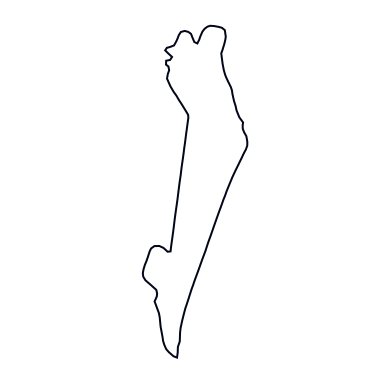 Aracaju, Sergipe, Brazil (Natural Earth projection), rotated 349°
{"feature_id": "56859067B16826137488503", "entity_name": "Aracaju", "entity_type": "district", "adm_level": 2, "iso_a3": "BRA", "parent_name": "Brazil", "parent_adm1": "Sergipe", "projection": "natural_earth1", "projection_center": [-37.097, -11.012], "detail": "fine", "context": "isolated", "style": "outline", "palette": "ink", "viewbox_px": 384, "rotation_deg": 349, "n_neighbors": 0, "source": "geoboundaries", "source_scale": "gbopen_adm2", "svg_char_len": 2047}
<svg xmlns="http://www.w3.org/2000/svg" viewBox="0 0 384 384"><g transform="rotate(349 192 192)"><path d="M255.1,39.4L252.7,36.5L249.4,34.9L245.6,33.4L241.6,32.3L238.6,32.7L235.5,34.2L232.8,36.6L229.7,41.1L228.2,43.8L225.6,47.2L222.9,45.2L222.0,40.9L221.2,36.6L219.0,34.2L215.6,32.5L211.6,32.8L209.0,35.5L206.9,38.9L205.2,41.3L202.3,44.7L198.4,45.4L194.8,45.7L192.7,47.9L195.1,51.4L198.2,55.6L195.7,58.2L191.7,58.2L190.8,62.0L192.8,64.3L192.8,68.2L190.8,71.5L189.1,76.0L191.0,84.2L193.1,90.2L195.1,94.5L196.7,99.2L198.3,103.0L201.0,110.2L202.9,115.4L202.6,118.4L201.5,121.6L200.2,125.4L199.0,129.0L197.5,133.3L195.9,138.2L194.2,143.3L192.9,147.0L191.5,151.3L190.5,154.3L189.3,157.8L186.3,166.4L184.2,173.0L181.7,180.1L179.4,187.1L178.0,191.3L176.7,195.4L174.4,202.1L172.1,208.7L169.7,215.8L167.0,224.2L164.2,232.5L161.9,239.1L159.6,246.2L156.7,246.0L153.4,241.5L149.7,238.8L144.8,237.9L141.1,239.6L139.0,242.4L136.6,246.8L134.0,251.3L131.8,254.6L129.7,258.6L128.2,262.4L128.0,265.9L129.4,269.7L131.4,272.3L133.4,274.8L138.3,281.3L138.4,285.0L137.5,287.9L134.4,292.3L136.4,304.5L136.4,308.8L135.5,318.0L135.4,329.2L135.2,332.7L135.7,337.0L136.7,341.3L138.7,344.8L142.5,349.7L145.7,351.7L147.3,347.0L148.6,341.4L151.5,336.3L153.4,328.0L154.9,323.2L158.0,316.0L161.2,309.2L163.3,304.9L165.6,300.9L168.2,296.2L171.9,289.4L173.4,286.7L175.1,284.0L177.1,280.4L182.0,272.3L184.6,268.0L186.4,264.9L189.9,259.0L194.1,252.2L195.5,249.6L198.4,244.4L202.6,237.4L205.6,232.2L210.4,224.0L214.4,217.2L217.1,212.8L220.0,207.9L221.6,205.2L223.9,201.7L225.9,198.2L229.8,192.2L232.8,187.7L234.5,185.1L236.9,181.8L239.1,178.8L242.4,174.5L244.7,171.4L246.6,168.9L250.2,164.0L253.1,160.4L255.1,157.0L255.9,153.2L256.0,147.6L254.5,143.1L253.9,139.5L254.4,136.5L255.4,133.5L252.7,127.7L251.3,120.4L251.2,115.8L250.6,110.7L250.5,107.2L250.4,103.4L250.6,100.0L250.2,96.6L248.5,90.4L247.5,86.4L246.9,83.3L246.5,78.6L246.5,71.9L246.9,65.6L247.2,61.4L248.8,58.8L250.5,55.6L251.9,53.0L253.8,48.8L254.8,45.9L255.1,39.4Z" fill="none" stroke="#020617" stroke-width="2"/></g></svg>